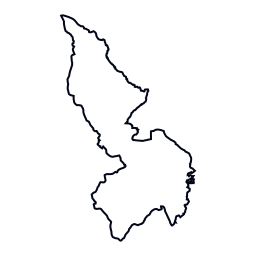 outline of Fundata, Brasov, Romania
{"feature_id": "2599482B86942388549118", "entity_name": "Fundata", "entity_type": "district", "adm_level": 2, "iso_a3": "ROU", "parent_name": "Romania", "parent_adm1": "Brasov", "projection": "mercator", "projection_center": [25.279, 45.46], "detail": "fine", "context": "isolated", "style": "outline", "palette": "ink", "viewbox_px": 256, "rotation_deg": 0, "n_neighbors": 0, "source": "geoboundaries", "source_scale": "gbopen_adm2", "svg_char_len": 5823}
<svg xmlns="http://www.w3.org/2000/svg" viewBox="0 0 256 256"><path d="M171.7,225.4L172.2,225.5L173.8,224.2L174.5,223.0L174.5,222.5L174.8,222.2L175.7,222.4L175.1,221.3L175.0,220.9L175.6,219.6L175.9,217.8L176.4,216.3L178.9,215.4L180.4,217.2L182.3,215.5L183.1,215.1L183.9,214.2L183.7,213.9L184.1,213.9L184.4,212.9L185.2,211.9L185.2,210.8L186.1,208.3L185.9,207.5L185.2,206.8L185.3,206.0L185.0,205.9L184.6,205.5L184.6,205.2L185.1,204.8L187.1,204.4L188.9,201.6L187.9,199.2L187.5,199.1L187.2,199.5L186.8,199.4L187.1,198.5L186.7,196.7L187.1,196.2L187.0,195.3L187.3,192.5L189.6,190.8L189.7,188.7L187.3,187.2L188.4,186.2L188.4,185.6L188.0,184.7L188.1,183.3L191.2,183.2L190.8,182.7L191.0,182.3L190.1,181.7L188.9,182.4L186.8,182.6L186.5,182.2L186.5,181.5L187.0,180.6L187.2,181.0L187.4,181.0L188.9,179.7L190.6,178.8L191.5,179.5L190.9,182.1L191.8,182.0L193.0,182.8L193.7,183.0L193.8,182.2L193.4,180.7L193.9,179.4L192.4,179.0L192.7,178.2L192.0,177.4L192.9,176.9L193.4,176.1L192.6,176.2L190.1,175.0L189.0,176.2L188.4,175.3L188.0,174.9L187.7,175.0L187.8,174.0L188.1,173.5L188.8,173.2L190.9,172.3L190.9,172.9L191.6,173.1L192.4,172.8L194.9,170.8L192.5,168.5L190.5,167.6L190.1,166.9L190.0,166.1L190.3,164.9L189.9,164.2L190.1,163.6L190.6,163.0L190.6,162.5L191.0,161.5L191.2,159.1L191.1,157.8L189.2,153.6L187.5,152.5L185.5,151.6L184.3,150.2L182.8,149.6L180.6,148.2L177.2,144.9L175.8,144.2L175.6,144.0L175.7,143.1L174.4,141.6L170.4,139.5L167.4,137.3L166.1,136.3L165.2,134.8L164.4,133.4L163.7,131.0L160.7,130.0L158.7,129.6L156.8,129.6L155.3,129.9L153.8,130.9L151.0,131.3L150.9,133.1L151.0,139.1L142.7,140.9L135.6,140.3L134.0,139.9L133.4,140.1L133.1,140.0L132.7,139.2L132.4,139.0L132.3,138.2L132.9,136.4L133.7,135.4L134.9,134.6L136.1,134.6L137.1,133.5L138.0,131.9L137.6,131.3L137.6,130.5L137.7,130.0L138.2,129.7L137.9,129.4L136.8,129.3L136.9,128.2L134.7,127.9L132.3,128.0L132.4,126.8L132.1,126.4L131.8,125.5L132.0,125.3L130.4,123.9L128.1,123.4L127.6,123.0L127.1,123.1L127.0,123.4L125.8,123.3L127.7,121.1L127.6,119.9L127.7,119.5L129.4,117.4L130.1,116.9L131.3,114.2L131.4,113.2L131.6,112.9L132.5,112.4L133.4,111.1L134.5,110.1L135.2,110.1L136.2,109.1L136.3,108.7L136.7,108.5L137.5,107.5L138.1,107.4L141.4,104.3L141.7,104.6L142.2,104.0L143.8,103.3L144.3,102.5L145.6,101.6L146.2,99.7L146.2,98.5L145.9,98.0L146.2,97.6L146.5,96.0L147.1,94.8L147.2,93.2L147.6,91.9L148.3,91.0L148.3,90.5L147.9,89.4L145.1,89.5L144.6,90.2L144.6,91.0L144.0,91.5L142.6,90.9L141.0,90.7L140.7,89.6L140.4,89.1L140.3,88.2L139.6,87.4L138.2,87.7L137.2,86.7L135.2,87.0L134.7,86.7L134.6,85.9L134.7,85.2L133.7,84.6L133.0,84.9L130.2,82.8L129.2,82.9L127.7,81.5L127.4,80.3L127.0,80.0L127.1,79.1L126.3,79.0L126.0,76.8L124.0,75.8L122.3,72.4L121.5,72.0L119.6,71.7L117.3,70.8L116.2,69.4L115.2,68.7L115.2,67.2L114.9,66.9L114.3,67.1L114.1,66.6L114.0,66.0L113.2,65.3L113.1,64.8L111.9,64.2L111.6,63.5L111.1,63.4L110.4,62.6L108.4,59.9L108.1,59.2L107.7,58.8L107.9,58.5L107.6,57.8L107.0,57.7L107.0,57.2L106.5,56.8L106.8,56.3L106.3,55.5L106.4,54.8L106.7,54.2L106.6,53.6L107.3,52.9L107.2,52.1L107.5,51.5L107.5,50.8L107.9,50.7L108.2,50.3L108.1,49.9L108.5,49.6L108.5,48.7L108.1,48.1L108.0,47.3L107.4,46.5L107.4,46.0L107.0,45.3L106.6,45.1L106.1,45.2L105.8,45.1L105.4,43.0L104.8,42.0L104.6,40.2L103.4,39.4L102.7,39.5L102.4,40.0L101.9,40.0L100.6,39.9L98.5,39.2L96.9,37.0L96.4,35.9L96.5,35.3L96.1,34.6L96.0,33.6L95.6,32.8L94.9,32.1L93.5,31.2L90.9,32.3L89.2,32.2L89.0,31.9L89.0,30.8L88.8,30.4L86.1,28.9L84.1,28.5L83.9,27.4L82.8,26.3L80.9,26.2L77.9,24.3L74.9,20.6L72.9,18.9L68.6,17.0L63.5,15.4L61.4,15.5L61.1,15.7L63.2,19.7L63.9,21.4L64.0,24.2L64.8,28.4L65.5,30.8L65.8,31.2L66.7,31.6L67.3,32.5L68.8,33.0L69.8,34.0L70.7,34.4L71.3,35.7L72.4,36.7L72.9,38.8L72.9,40.1L73.8,41.1L73.8,41.7L73.4,42.4L73.4,43.2L72.9,43.3L72.4,43.9L72.5,44.5L72.4,45.0L73.0,45.9L74.1,46.5L72.9,48.9L72.8,49.5L73.3,51.3L74.5,54.2L72.5,55.0L71.8,55.6L71.4,56.4L71.8,61.2L72.2,62.8L72.1,65.2L69.9,71.8L69.1,76.1L67.5,79.2L67.8,82.5L68.2,83.9L67.7,87.2L67.7,88.9L68.9,93.9L69.8,94.7L71.2,95.3L73.7,95.9L73.6,98.8L74.2,102.2L74.6,103.1L75.8,104.4L77.0,105.2L78.9,105.1L81.0,105.5L81.4,105.8L83.0,108.6L83.4,110.5L83.3,111.8L83.9,114.2L86.6,120.5L88.9,121.7L90.5,125.2L93.3,128.4L93.3,129.6L93.6,130.1L95.0,131.2L96.6,131.0L98.0,133.3L98.7,133.9L99.7,134.5L99.7,135.6L99.5,136.3L98.2,137.8L98.5,138.9L99.7,140.3L98.7,140.9L98.8,142.4L98.0,143.6L97.7,143.8L97.7,144.5L99.5,146.1L100.3,146.3L100.2,147.0L102.1,148.3L103.2,146.5L106.1,149.6L106.4,152.8L107.0,153.7L109.6,155.8L111.3,156.6L112.6,156.8L119.3,155.5L120.6,158.2L120.6,159.4L120.8,160.5L123.4,163.1L124.4,164.9L125.1,164.8L125.6,166.0L124.8,167.1L124.1,167.3L123.7,167.7L120.6,168.8L118.8,169.7L117.6,171.0L117.3,172.2L116.7,172.4L115.4,171.9L112.7,173.8L110.8,174.1L106.6,174.1L104.7,175.0L104.6,175.6L105.5,179.8L105.5,180.6L105.2,181.3L104.1,182.3L102.9,182.4L100.8,182.1L100.3,182.3L99.3,184.2L98.8,185.8L97.7,187.1L96.8,189.7L95.8,191.6L95.0,192.2L93.5,192.7L91.7,194.5L92.5,198.4L93.8,199.9L94.0,200.6L95.1,201.5L95.8,202.3L95.5,203.7L94.3,203.7L93.7,204.4L94.6,208.1L95.1,208.6L96.2,208.9L99.9,208.6L100.9,208.9L103.5,212.0L106.9,215.6L108.1,218.6L111.1,221.8L111.1,222.3L110.4,225.2L110.4,227.1L110.7,228.9L111.4,231.6L111.6,234.4L112.4,236.4L112.9,237.1L115.1,238.1L117.9,238.6L118.8,239.2L119.6,240.2L120.6,240.6L121.3,240.5L122.8,238.7L124.1,238.0L125.6,234.5L128.6,231.1L129.1,229.1L130.9,226.9L131.8,225.3L133.7,224.2L134.5,224.0L137.8,225.2L139.9,224.3L141.6,223.9L142.4,223.0L143.0,222.8L143.4,222.4L144.2,220.4L144.9,219.8L144.9,219.0L145.8,217.6L147.3,215.9L149.6,214.5L150.8,212.1L152.1,210.7L154.4,209.3L155.7,209.0L156.9,209.1L158.7,210.1L161.1,209.4L161.6,209.1L161.8,208.6L161.0,207.0L160.9,206.5L161.0,206.3L163.1,206.5L163.7,207.0L164.2,207.7L164.7,209.0L165.1,211.1L169.8,221.2L170.4,223.3L171.7,225.4Z" fill="none" stroke="#020617" stroke-width="2"/></svg>